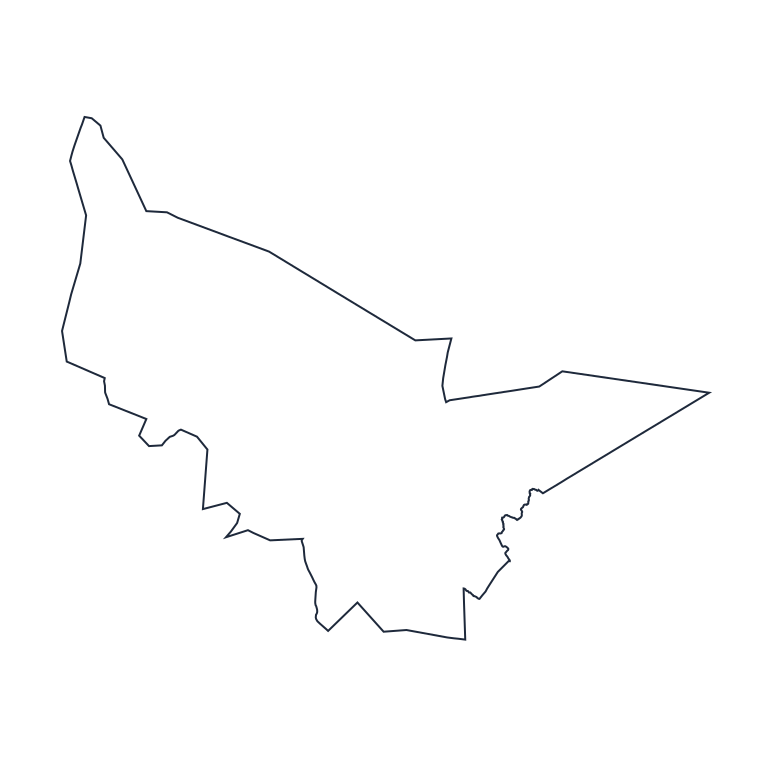 outline of Namsskogan nor, Nord-Trøndelag, Norway, rotated 273°
{"feature_id": "86288312B18361683612622", "entity_name": "Namsskogan nor", "entity_type": "district", "adm_level": 2, "iso_a3": "NOR", "parent_name": "Norway", "parent_adm1": "Nord-Trøndelag", "projection": "mercator", "projection_center": [12.823, 64.81], "detail": "fine", "context": "isolated", "style": "outline", "palette": "slate", "viewbox_px": 768, "rotation_deg": 273, "n_neighbors": 0, "source": "geoboundaries", "source_scale": "gbopen_adm2", "svg_char_len": 5761}
<svg xmlns="http://www.w3.org/2000/svg" viewBox="0 0 768 768"><g transform="rotate(273 384 384)"><path d="M222.7,234.2L230.9,255.8L228.4,261.4L221.9,278.5L225.1,310.9L223.8,310.1L223.1,310.0L222.4,310.2L218.2,311.8L216.8,312.3L210.8,313.1L208.5,313.4L205.1,314.0L202.8,314.6L200.6,315.5L197.8,316.7L195.7,317.5L194.3,318.2L191.7,319.8L187.0,322.5L184.9,323.6L182.4,325.0L180.4,326.3L179.1,327.0L177.3,327.2L172.7,326.8L165.2,326.7L162.9,326.7L161.6,326.8L159.5,327.3L158.6,327.9L156.8,328.5L155.2,329.0L153.6,329.2L152.5,329.2L151.1,328.8L150.0,328.2L148.2,328.1L147.1,328.1L145.6,328.6L143.6,329.9L142.5,331.2L140.9,333.1L136.1,339.2L134.5,341.1L164.4,368.9L136.6,396.6L139.5,419.3L134.2,460.4L133.7,467.2L133.5,471.6L133.0,478.5L169.1,475.4L184.0,474.2L184.0,474.3L184.0,474.5L183.8,475.0L183.7,475.4L183.6,475.5L183.4,475.8L183.2,476.1L182.1,476.9L181.9,477.1L181.8,477.3L181.7,477.5L181.6,477.9L181.7,478.2L181.6,478.4L181.6,478.5L181.5,478.8L181.3,479.0L180.7,479.4L180.3,479.7L180.2,479.8L180.2,480.0L180.2,480.7L180.3,480.9L180.2,481.0L180.1,481.3L179.1,482.3L178.7,482.7L178.3,483.2L178.0,483.6L177.9,483.9L177.7,484.0L177.4,484.1L177.2,484.2L177.0,484.5L176.9,484.7L177.0,484.9L177.0,485.1L176.8,485.6L176.6,486.2L176.2,487.3L176.1,487.5L175.9,487.8L175.3,488.3L175.0,488.8L174.8,489.1L174.7,489.4L174.5,489.8L174.4,490.3L174.4,490.6L178.2,493.3L182.1,496.3L185.1,497.7L189.4,500.1L202.3,507.5L213.0,517.1L213.7,517.7L213.8,517.8L213.9,518.2L213.7,518.6L213.6,518.9L213.8,519.0L214.1,518.9L214.6,518.7L214.9,518.5L214.9,518.4L215.1,518.3L216.1,517.5L216.5,517.2L217.5,516.6L217.9,516.3L218.4,515.9L219.1,515.2L219.3,515.0L220.8,514.1L221.3,514.0L221.9,514.1L222.4,514.6L223.9,515.7L224.3,516.2L224.7,516.6L225.5,516.8L226.1,516.7L226.5,516.3L226.9,515.9L227.5,515.1L227.9,514.5L228.3,513.7L228.3,513.0L228.2,512.6L227.9,512.1L227.7,511.6L227.8,511.1L228.1,510.7L228.8,510.2L230.9,509.1L231.8,508.6L233.1,508.0L234.5,507.2L235.8,506.2L236.6,505.7L237.9,505.0L238.4,504.8L238.8,504.8L239.3,505.0L239.8,505.5L240.6,505.9L240.9,506.8L240.8,507.8L240.9,508.4L241.0,508.6L241.1,508.8L241.2,509.2L241.4,509.3L241.9,509.4L242.1,509.4L242.7,509.8L243.0,510.1L243.4,510.4L244.1,510.6L244.3,510.8L244.6,511.2L245.1,511.5L245.5,511.5L245.9,511.3L246.4,511.1L247.4,510.6L247.8,510.7L247.9,510.8L248.3,510.9L248.6,510.8L249.5,510.5L249.7,510.4L250.2,510.6L250.4,510.7L250.6,510.6L251.8,509.9L252.0,510.0L252.3,510.1L252.6,510.0L253.1,509.8L253.5,509.4L253.6,509.2L253.9,509.1L254.1,509.1L254.8,509.1L255.4,509.0L255.4,508.9L255.7,509.0L255.9,509.1L256.1,509.1L256.3,508.9L256.6,508.9L256.8,509.0L256.8,509.6L256.8,509.9L256.9,510.1L257.0,510.3L257.3,510.7L257.6,510.9L257.9,511.1L258.6,511.4L259.2,511.9L259.3,512.1L259.3,512.4L259.3,512.5L259.4,512.9L259.5,513.0L259.5,513.3L259.4,513.6L259.5,513.8L259.4,513.9L259.4,514.1L259.0,514.5L258.9,514.9L258.9,515.2L258.7,515.9L258.3,516.5L258.2,516.7L258.1,516.9L257.9,517.5L257.7,518.1L257.5,518.8L257.5,519.0L257.4,519.1L257.3,519.5L257.2,519.7L257.1,520.1L257.1,520.3L257.1,520.5L257.2,520.8L257.1,521.3L257.0,521.5L256.5,522.0L256.4,522.2L256.2,522.7L256.1,522.8L256.0,523.1L255.9,523.2L255.4,523.6L255.2,524.0L255.3,524.1L255.6,524.3L255.8,524.6L255.8,524.9L255.8,525.0L256.0,525.1L256.4,525.4L256.4,525.5L256.5,525.7L256.5,525.8L256.6,526.1L257.2,526.6L257.4,527.0L257.8,527.4L258.3,527.7L258.5,527.9L258.8,528.1L259.4,528.4L259.9,528.5L260.3,528.5L261.8,528.3L262.2,528.3L262.6,528.4L263.1,528.6L263.4,528.7L263.6,528.7L264.2,528.3L264.8,528.1L265.5,527.4L265.8,527.3L266.0,527.3L266.5,527.4L266.9,527.7L267.5,528.3L267.8,528.7L268.0,528.8L268.2,529.1L268.4,529.3L269.4,529.6L269.8,529.7L270.1,529.9L270.4,530.0L270.6,530.2L270.7,530.4L270.8,530.6L271.0,531.0L271.0,532.1L270.9,532.4L270.8,532.6L270.8,532.8L271.3,532.9L271.4,533.1L271.5,533.2L271.5,533.5L271.6,533.8L271.7,534.0L272.0,534.2L272.3,534.3L273.2,534.3L273.3,534.3L274.3,534.2L274.4,534.3L274.8,534.5L275.0,534.7L275.4,534.6L275.7,534.7L276.3,534.7L276.7,534.5L277.3,534.5L277.9,534.6L278.2,534.7L278.5,534.8L278.8,534.8L279.1,535.0L279.4,535.3L279.6,535.4L280.2,535.7L280.4,535.8L280.8,535.8L281.5,535.6L282.1,535.8L282.2,535.7L282.4,535.5L282.6,535.2L282.8,535.1L283.1,535.1L283.5,535.2L284.2,535.0L284.4,535.0L284.7,535.1L285.5,535.4L285.7,535.6L285.8,535.8L285.9,536.1L285.9,536.4L285.9,536.7L285.9,537.0L286.0,537.2L286.1,537.4L286.8,537.5L287.0,537.8L287.1,538.1L286.9,538.8L287.0,539.3L286.8,539.7L286.6,540.0L286.4,540.4L286.3,540.7L286.4,540.9L286.2,541.7L285.5,542.4L285.4,542.9L285.6,543.3L285.8,543.6L286.0,543.8L286.3,543.9L283.2,548.4L283.3,548.6L287.2,554.3L295.1,566.0L296.7,568.3L298.9,571.4L392.3,709.2L406.0,561.4L389.6,539.2L386.8,525.7L383.8,511.5L382.5,505.1L382.5,504.9L381.6,501.0L381.4,499.7L380.9,497.4L380.7,496.3L379.2,489.1L378.9,487.6L378.5,485.8L378.3,484.9L378.0,483.3L377.4,480.7L377.2,479.8L376.4,475.5L375.8,472.5L375.4,470.9L375.1,469.5L374.3,465.5L373.2,460.2L371.2,450.4L369.1,447.0L372.2,445.8L385.2,442.4L392.9,442.8L406.0,444.3L414.4,445.5L418.9,446.0L433.0,448.9L429.2,413.0L455.1,364.7L471.7,333.8L492.9,294.4L510.2,262.3L522.9,221.5L539.2,169.4L544.1,158.3L544.2,137.6L594.6,110.9L615.2,91.2L627.2,87.3L634.1,78.2L635.0,71.0L627.3,68.8L624.1,67.7L606.3,62.5L599.9,60.8L595.8,59.9L590.3,58.8L589.2,59.2L586.2,60.3L580.5,62.2L567.4,66.9L563.9,68.1L536.8,77.7L488.4,74.4L457.2,66.9L449.2,65.4L420.1,59.7L389.8,66.0L375.3,104.8L372.1,104.3L367.7,105.4L361.2,105.9L360.3,106.2L354.7,108.7L349.4,110.5L336.6,148.5L319.6,142.2L309.7,152.6L311.1,165.4L315.9,168.8L320.0,172.8L321.2,175.9L322.0,177.2L322.4,177.6L325.8,180.5L326.4,181.0L326.9,181.7L327.8,183.6L321.6,200.0L309.3,211.1L249.6,209.7L257.1,233.3L246.8,246.8L237.5,244.6L228.6,238.8L222.7,234.2Z" fill="none" stroke="#1e293b" stroke-width="2"/></g></svg>